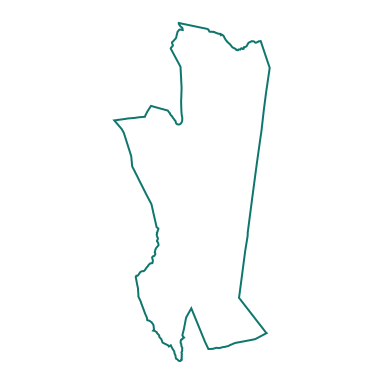 outline of Engerdal nor, Hedmark, Norway
{"feature_id": "86288312B32893116539202", "entity_name": "Engerdal nor", "entity_type": "district", "adm_level": 2, "iso_a3": "NOR", "parent_name": "Norway", "parent_adm1": "Hedmark", "projection": "orthographic", "projection_center": [11.825, 61.975], "detail": "fine", "context": "isolated", "style": "outline", "palette": "teal", "viewbox_px": 384, "rotation_deg": 0, "n_neighbors": 0, "source": "geoboundaries", "source_scale": "gbopen_adm2", "svg_char_len": 5776}
<svg xmlns="http://www.w3.org/2000/svg" viewBox="0 0 384 384"><path d="M114.3,120.4L121.8,129.2L123.8,132.8L131.2,156.1L132.2,166.4L133.0,168.0L134.1,170.1L136.9,175.7L137.3,176.4L138.6,179.2L139.9,181.7L146.4,194.6L151.4,204.1L151.8,205.7L153.9,215.3L155.1,220.4L156.6,227.2L156.7,227.3L158.0,228.2L158.2,228.4L158.4,228.7L158.4,229.0L158.3,229.3L157.9,230.1L157.8,230.5L157.7,230.8L157.6,231.4L157.6,231.6L157.0,232.5L156.8,232.8L157.0,233.4L157.1,233.5L156.8,234.2L156.7,234.9L156.8,235.4L157.0,236.0L157.1,236.4L157.2,236.8L157.4,237.3L157.8,237.8L157.9,238.2L157.8,238.9L157.8,239.1L157.6,239.8L157.3,240.1L156.9,240.8L156.9,241.0L157.0,241.4L157.2,241.6L157.4,241.8L157.8,242.2L158.1,242.7L158.2,243.0L158.2,243.4L158.2,243.7L158.5,244.3L158.5,244.9L158.5,245.2L158.4,245.5L157.5,246.4L157.1,247.0L156.6,247.5L155.8,248.5L155.7,249.0L155.5,249.5L155.3,250.0L155.1,250.8L155.0,251.5L154.7,252.2L155.2,253.0L155.3,253.5L155.3,253.8L155.2,254.4L154.3,255.9L154.0,256.1L153.7,256.2L153.2,256.2L152.5,256.8L152.2,257.2L152.1,257.6L152.1,257.8L152.3,258.4L152.4,258.8L152.7,259.6L152.8,260.2L152.9,260.5L152.9,260.9L152.6,261.9L152.6,262.3L152.6,262.6L152.6,262.8L152.2,263.2L151.8,263.2L151.2,263.3L150.2,263.4L149.7,264.0L149.0,264.5L148.5,265.1L147.9,266.1L147.4,266.8L146.9,267.2L146.8,267.4L146.0,268.3L145.4,269.5L145.0,269.8L144.7,270.3L144.2,270.8L143.3,271.2L142.5,271.2L141.7,271.3L140.4,272.0L140.1,272.3L139.8,272.8L139.3,273.5L138.6,274.6L138.3,275.0L137.5,275.8L136.4,275.7L135.8,276.7L135.7,277.1L135.9,277.5L135.9,277.9L136.0,278.4L136.1,278.9L137.1,284.3L138.0,288.3L138.0,288.9L138.1,290.6L138.3,293.5L138.4,294.7L138.4,296.5L140.7,301.5L141.2,303.1L145.1,313.6L146.9,317.7L147.3,320.2L149.5,320.8L151.7,322.4L153.5,325.1L154.0,329.6L153.2,330.6L154.7,330.9L156.8,332.3L157.1,333.2L159.1,335.3L159.4,337.1L161.3,339.1L162.6,342.6L168.2,345.4L168.9,346.5L170.8,345.3L172.3,348.4L174.2,351.3L174.4,352.7L174.5,352.9L174.7,354.0L175.4,355.1L175.7,357.2L175.9,358.2L176.3,358.9L177.3,359.3L178.6,360.7L179.3,360.9L180.1,361.0L180.5,360.8L181.5,360.2L181.7,359.8L181.8,359.4L181.3,359.1L181.7,358.3L181.7,357.9L181.6,357.6L181.6,357.3L181.8,356.9L181.7,356.6L181.8,356.1L181.7,355.9L181.7,355.7L181.6,355.3L181.7,355.0L181.9,354.7L181.9,354.4L181.7,353.0L181.5,352.8L181.5,352.5L181.8,351.7L182.0,351.5L182.1,351.3L182.1,351.2L182.2,350.7L182.2,350.4L182.2,350.2L182.2,349.9L182.2,349.6L182.1,349.3L182.2,349.0L182.2,348.9L182.3,348.4L182.2,347.9L182.2,347.6L182.0,347.3L181.9,347.1L181.7,346.8L181.5,346.2L181.4,346.0L181.4,345.7L181.3,345.3L181.3,345.2L181.3,344.4L181.3,344.0L181.0,343.7L180.8,343.4L180.7,342.9L180.6,342.7L180.6,342.4L180.6,342.2L180.7,341.6L180.7,341.2L180.7,340.9L180.9,340.3L181.0,340.0L181.0,339.8L181.1,339.7L181.5,339.7L182.4,339.0L182.4,338.8L182.7,338.7L182.8,338.3L183.1,338.2L183.8,337.7L184.0,337.6L183.5,337.1L183.4,336.8L182.9,336.2L182.4,335.4L182.5,334.6L183.9,329.1L186.1,317.6L191.3,308.3L205.0,341.8L208.4,349.0L211.5,348.9L212.9,348.8L213.7,348.6L216.3,347.8L219.5,348.1L220.1,347.9L222.9,347.1L223.6,347.0L224.3,347.0L224.9,346.9L227.3,346.2L228.0,346.2L229.8,345.2L235.0,343.0L251.0,340.0L255.3,339.1L266.6,333.1L266.0,332.6L239.0,297.8L239.6,293.6L245.2,250.9L247.5,236.8L247.7,235.2L247.7,232.8L252.3,197.4L255.3,174.9L257.0,162.2L258.8,149.5L259.5,144.4L261.5,130.6L263.7,111.0L266.0,93.1L269.7,67.9L260.7,41.1L258.4,41.4L258.2,41.6L257.8,42.0L256.2,42.6L255.8,42.7L255.3,42.6L254.8,42.3L254.5,41.8L253.5,41.3L252.5,41.3L252.0,41.1L251.8,41.1L251.5,41.3L250.4,41.9L249.4,42.3L248.5,42.8L248.0,43.7L247.6,44.1L247.5,44.5L247.4,44.8L247.2,45.2L246.7,46.0L246.3,46.4L245.8,46.7L245.1,47.0L244.0,47.2L243.9,47.5L243.9,48.0L243.7,48.6L243.5,48.9L243.2,49.0L242.7,49.0L242.5,48.8L242.2,48.4L241.8,48.2L241.5,48.3L241.2,48.4L240.9,48.6L240.7,49.0L240.5,49.4L240.4,49.5L239.8,49.5L239.2,49.4L238.5,49.5L238.4,49.8L238.2,50.1L237.9,50.2L236.5,50.1L236.4,50.0L236.2,49.5L236.0,49.4L235.7,49.1L234.3,48.2L234.0,48.2L233.0,47.6L232.4,47.2L231.8,46.6L230.8,45.3L230.3,44.6L229.3,43.7L228.4,42.8L227.2,41.8L227.2,41.6L226.0,40.3L225.6,39.7L225.0,38.6L224.8,38.3L224.0,36.8L224.0,36.6L223.8,36.4L223.5,35.9L223.3,35.7L222.6,35.0L222.2,34.8L221.6,35.1L220.8,35.2L220.7,34.9L221.0,34.5L220.9,34.2L220.7,33.9L220.2,34.1L219.0,33.7L218.3,33.7L217.6,33.5L217.5,33.4L216.6,33.1L216.3,32.9L216.1,32.8L215.8,32.8L215.3,32.6L215.2,32.5L215.1,32.4L214.8,32.4L214.5,32.3L214.2,32.0L213.7,31.8L213.2,32.0L211.6,31.7L209.9,31.8L209.3,31.5L209.0,30.8L208.6,30.0L208.5,29.8L208.5,29.6L208.3,29.4L207.9,29.4L207.6,29.1L207.2,28.9L178.8,23.0L178.7,23.5L178.9,24.1L179.2,24.6L179.8,25.4L180.2,26.1L180.7,26.5L181.2,27.0L182.0,27.6L182.5,28.3L182.7,30.0L180.6,29.6L179.5,29.6L179.0,30.1L177.6,31.7L176.7,35.1L176.5,36.0L176.3,37.0L176.1,37.9L175.5,38.7L174.2,40.1L173.5,41.0L172.3,42.0L172.0,42.5L172.1,43.3L172.8,45.0L172.9,45.6L172.3,46.3L171.0,47.8L170.7,48.4L170.9,48.9L180.5,66.8L181.0,76.3L181.0,76.9L181.1,77.4L181.2,78.1L181.1,78.6L181.2,79.7L181.2,80.3L181.2,81.6L181.3,82.1L181.4,83.3L181.4,84.7L181.5,85.4L181.5,86.9L181.6,87.5L181.3,96.9L181.3,98.0L181.1,100.7L181.3,108.9L181.4,110.6L181.4,111.1L181.5,112.0L181.5,112.5L181.7,114.5L181.9,116.0L182.1,116.8L182.3,118.4L182.2,119.8L182.2,120.9L181.8,122.0L181.3,122.9L180.4,123.9L179.7,124.3L179.0,124.5L178.5,124.5L177.8,124.4L177.3,124.3L176.8,124.0L176.4,123.6L175.8,122.6L175.7,121.7L175.3,120.7L174.6,120.1L173.7,118.7L172.9,117.8L172.7,117.5L172.4,117.0L172.4,116.9L171.9,116.1L171.1,115.4L170.8,115.2L170.3,114.3L170.2,113.8L169.9,113.5L169.8,113.1L169.7,112.9L169.3,112.6L168.7,111.9L168.2,111.1L167.7,110.5L158.4,108.0L151.0,105.9L147.5,111.3L145.3,115.6L144.9,116.8L138.6,117.3L134.8,117.9L127.5,118.5L125.5,118.9L114.3,120.4Z" fill="none" stroke="#0f766e" stroke-width="2"/></svg>